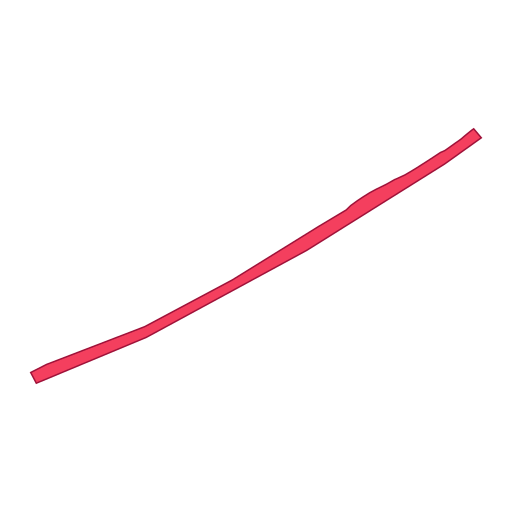 the district of North Coast, Matruh, Egypt
{"feature_id": "37247803B38142631960117", "entity_name": "North Coast", "entity_type": "district", "adm_level": 2, "iso_a3": "EGY", "parent_name": "Egypt", "parent_adm1": "Matruh", "projection": "albers", "projection_center": [29.511, 30.938], "detail": "fine", "context": "isolated", "style": "filled", "palette": "rose", "viewbox_px": 512, "rotation_deg": 0, "n_neighbors": 0, "source": "geoboundaries", "source_scale": "gbopen_adm2", "svg_char_len": 584}
<svg xmlns="http://www.w3.org/2000/svg" viewBox="0 0 512 512"><path d="M473.7,128.8L471.7,130.2L466.9,134.1L464.6,136.0L461.5,138.7L458.4,141.0L455.6,142.9L445.1,150.4L442.8,151.5L440.6,152.4L427.8,160.8L415.9,168.4L410.1,171.9L404.8,175.0L395.9,179.1L394.8,179.5L386.3,184.3L376.5,189.1L372.4,191.3L369.8,192.7L363.1,196.9L358.9,199.7L357.4,200.7L350.8,205.5L347.2,209.0L346.3,209.9L318.7,226.4L232.2,280.0L144.6,326.7L46.6,364.4L36.0,369.8L30.7,372.5L36.3,383.2L146.4,337.3L306.8,250.3L444.6,164.0L481.3,137.8L473.7,128.8Z" fill="#f43f5e" stroke="#9f1239" stroke-width="1.5"/></svg>